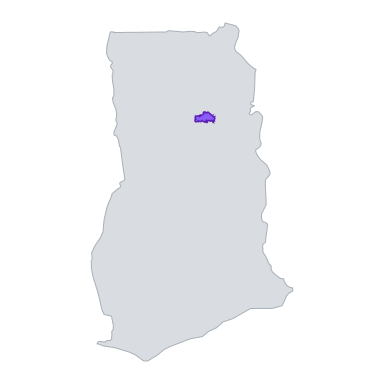 location of Tamale Metropolitan, Northern, Ghana
{"feature_id": "2480657B1027184338147", "entity_name": "Tamale Metropolitan", "entity_type": "district", "adm_level": 2, "iso_a3": "GHA", "parent_name": "Ghana", "parent_adm1": "Northern", "projection": "natural_earth1", "projection_center": [-0.697, 9.383], "detail": "fine", "context": "in_parent", "style": "filled", "palette": "violet", "viewbox_px": 384, "rotation_deg": 0, "n_neighbors": 0, "source": "geoboundaries", "source_scale": "gbopen_adm2", "svg_char_len": 5567}
<svg xmlns="http://www.w3.org/2000/svg" viewBox="0 0 384 384"><path d="M235.5,25.7L238.4,28.9L239.1,30.7L238.0,37.6L235.9,42.4L234.6,46.9L234.7,49.1L236.0,51.4L240.4,54.9L242.7,57.2L245.4,60.6L248.5,64.0L253.7,68.4L255.9,69.2L255.8,70.5L255.1,72.2L254.6,88.6L254.2,92.9L253.9,95.0L253.4,101.1L252.8,102.0L251.8,101.9L250.9,102.2L250.7,103.4L251.1,104.7L254.2,105.5L253.5,106.5L251.2,107.3L250.1,109.2L250.6,111.3L249.3,113.0L249.6,114.1L250.5,114.9L251.8,114.6L255.5,111.8L257.1,111.5L259.0,112.1L262.5,116.4L262.7,118.5L261.3,125.8L259.9,131.3L259.6,138.8L261.1,143.0L260.9,145.3L259.3,147.3L255.6,150.1L255.9,152.1L257.6,155.8L260.7,159.8L266.7,164.9L269.9,171.5L270.0,174.1L268.1,176.8L265.9,179.1L265.2,182.5L266.2,204.5L261.5,214.1L261.4,216.8L261.9,220.0L263.2,221.9L265.6,222.4L267.6,224.3L266.9,231.0L265.8,237.9L265.7,241.2L265.1,242.7L263.2,244.0L262.5,246.2L263.0,248.8L262.6,250.8L263.7,253.4L265.8,256.5L269.3,264.4L270.7,265.1L271.3,266.7L270.9,268.3L272.3,271.8L276.2,275.3L280.3,278.4L283.6,278.8L284.3,281.5L286.5,285.0L288.1,286.5L290.6,287.5L292.7,288.0L292.8,291.0L289.1,293.0L286.5,296.0L284.6,300.6L282.0,305.7L272.8,308.3L269.3,308.4L250.6,308.5L233.0,318.5L222.9,322.0L216.7,327.6L208.3,331.6L202.5,336.5L190.3,338.8L170.4,346.4L164.2,349.4L157.9,354.7L147.7,361.0L143.6,360.9L135.6,355.1L129.6,352.2L114.8,347.7L103.8,346.0L98.5,344.1L97.0,343.8L98.3,341.7L101.4,341.5L104.6,342.2L107.0,340.6L110.6,340.4L111.6,338.7L111.9,334.5L111.8,331.1L113.1,329.6L113.4,325.6L111.6,316.8L110.4,315.8L104.0,314.5L103.5,312.8L102.3,310.9L101.1,306.4L99.7,299.6L97.5,291.2L93.2,277.3L92.1,272.4L91.4,267.4L91.2,261.5L92.1,259.3L92.0,256.2L91.6,253.1L94.7,246.1L100.6,237.4L101.9,234.3L103.0,232.1L103.2,229.0L104.2,219.0L107.1,206.8L108.9,202.2L110.1,199.7L111.6,195.7L112.0,193.8L117.5,189.0L120.0,187.7L120.6,185.9L119.7,183.8L120.1,182.4L121.4,181.7L123.4,181.1L124.9,179.2L122.6,164.2L120.7,149.2L120.6,148.0L119.5,145.9L118.4,139.7L116.6,136.1L114.0,135.0L114.0,131.6L116.6,125.9L117.3,122.5L116.1,121.5L115.9,118.9L116.8,114.6L116.3,112.0L115.9,109.2L113.2,102.7L112.5,98.1L113.9,95.4L113.9,89.4L112.4,80.3L112.2,74.5L113.2,72.1L112.7,69.8L110.8,67.6L110.6,65.5L112.3,63.4L112.1,61.8L110.0,60.6L108.2,57.8L106.5,53.4L106.9,46.2L110.0,33.0L110.4,31.9L113.9,32.0L113.9,32.6L124.9,32.4L137.5,32.3L152.5,32.1L166.2,32.0L166.7,31.4L169.0,30.7L182.8,32.0L191.4,31.3L195.1,31.8L197.7,32.7L203.7,32.1L206.9,32.4L209.3,35.7L210.2,35.7L211.6,34.3L213.9,32.7L216.4,31.5L218.1,28.9L219.1,26.9L220.7,27.3L223.0,27.2L224.5,25.6L225.1,23.0L235.5,25.7Z" fill="#d9dde1" stroke="#a8b0b8" stroke-width="1"/><path d="M212.6,115.5L212.4,115.6L212.2,115.6L208.2,112.2L207.4,112.6L207.3,112.3L206.9,112.5L206.7,112.7L206.6,112.8L206.4,112.9L206.4,113.0L206.2,113.1L206.3,113.0L206.2,113.0L206.3,113.0L206.2,113.0L206.2,112.9L206.3,112.8L206.2,112.8L206.1,112.7L205.9,112.7L205.7,112.5L205.4,112.4L205.3,112.2L205.2,112.3L205.2,112.2L204.9,112.1L204.7,111.9L204.6,111.7L204.6,111.8L204.4,111.8L204.3,112.0L204.2,112.0L203.5,112.2L203.4,112.3L203.3,112.9L203.3,114.0L203.3,114.4L202.6,114.8L202.3,114.9L202.0,115.1L201.6,115.3L201.3,115.5L201.2,115.6L200.8,115.9L200.7,115.9L200.7,115.5L200.8,115.5L200.8,115.4L200.7,115.3L200.5,115.5L200.6,115.1L200.5,114.9L200.3,114.9L199.9,115.2L199.5,115.8L199.1,115.8L198.9,115.8L199.1,116.1L198.9,116.1L195.6,116.1L195.7,116.3L195.4,117.2L195.1,117.4L195.1,117.6L195.2,117.8L195.1,118.0L195.3,118.3L195.4,118.5L195.5,118.6L195.7,119.0L195.8,119.2L195.7,119.2L195.7,119.3L195.4,119.6L195.0,119.8L195.0,120.0L195.0,120.3L195.0,120.6L195.1,120.9L195.1,121.1L195.1,121.3L195.2,121.5L195.3,121.6L195.6,121.7L195.8,121.7L196.0,121.7L196.2,121.8L196.3,121.7L196.5,121.7L196.6,121.8L197.1,121.6L197.4,121.4L197.6,121.3L197.8,121.3L198.0,121.2L198.3,121.2L198.5,121.0L198.8,121.6L199.0,121.4L199.7,121.3L199.8,121.3L200.0,121.3L200.2,121.5L200.2,121.8L200.2,121.7L200.3,121.7L200.5,121.6L200.9,121.7L201.0,121.6L201.1,121.3L201.2,121.2L201.3,121.1L201.6,121.0L201.7,120.9L202.1,120.6L202.4,120.9L202.6,121.1L203.0,121.2L203.3,121.3L203.5,121.4L203.7,121.6L203.8,121.6L204.0,121.7L204.0,121.8L204.4,122.0L204.5,121.9L204.6,122.0L204.8,121.9L204.8,122.0L205.0,122.0L205.3,122.0L205.5,122.1L205.8,122.2L206.0,122.2L206.3,122.3L206.5,122.3L206.8,122.4L206.8,122.5L207.0,122.5L207.1,122.4L206.9,122.3L206.7,122.2L206.4,122.1L206.3,121.9L206.3,121.7L206.4,121.4L206.4,121.2L206.2,120.9L206.1,120.5L206.2,120.3L206.3,120.2L206.4,120.3L207.0,120.7L207.4,121.1L207.5,120.9L207.5,120.6L207.5,120.4L207.6,120.2L207.6,120.3L207.8,120.3L208.0,120.4L208.1,120.5L208.4,120.5L208.5,120.6L208.9,120.6L208.9,120.8L209.0,120.8L209.3,120.8L209.5,120.7L209.8,120.7L210.0,120.8L209.9,120.8L209.9,121.0L210.0,121.1L210.3,121.2L210.5,121.1L210.7,120.9L210.8,120.9L210.9,121.0L211.0,121.0L211.0,120.9L211.1,120.7L211.3,120.4L211.5,120.3L211.6,120.2L212.0,120.3L212.4,120.7L212.5,120.9L212.6,121.2L212.6,121.4L212.7,121.6L212.9,122.0L213.0,122.2L213.2,122.3L213.1,122.1L213.2,121.9L213.3,121.8L213.3,121.7L213.3,121.4L213.3,121.5L213.4,121.4L213.5,121.4L213.5,121.2L213.7,120.9L213.8,120.9L213.7,120.8L213.7,120.6L213.8,120.4L214.2,120.3L214.4,120.2L214.4,119.8L214.5,119.6L214.5,119.3L214.6,119.1L214.5,118.9L214.6,118.5L214.8,118.5L214.9,118.3L214.8,118.1L214.7,118.0L214.6,117.9L214.4,117.5L214.4,117.1L214.5,116.9L214.0,117.1L213.9,117.0L213.9,116.8L213.8,116.7L213.7,116.6L213.4,116.7L213.0,116.7L212.9,116.7L212.7,116.5L212.5,116.4L212.4,116.4L212.5,116.4L212.5,116.2L212.6,115.9L212.5,115.7L212.6,115.5Z" fill="#8b5cf6" stroke="#5b21b6" stroke-width="1.5"/></svg>